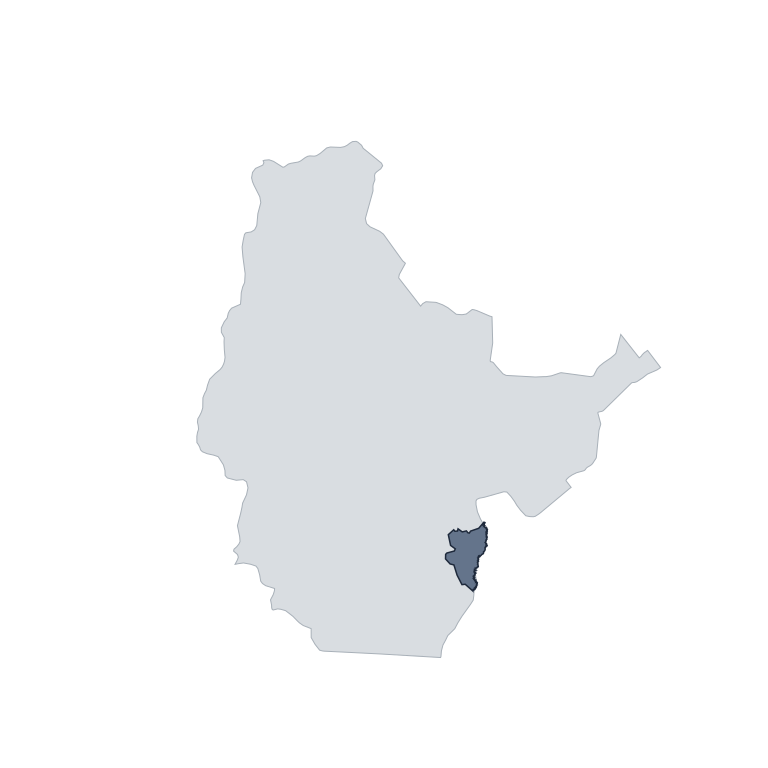 Pochalla, Jonglei, South Sudan shown in context, rotated 52°
{"feature_id": "79223893B22691287422318", "entity_name": "Pochalla", "entity_type": "district", "adm_level": 2, "iso_a3": "SSD", "parent_name": "South Sudan", "parent_adm1": "Jonglei", "projection": "natural_earth1", "projection_center": [34.083, 7.206], "detail": "fine", "context": "in_parent", "style": "filled", "palette": "slate", "viewbox_px": 768, "rotation_deg": 52, "n_neighbors": 0, "source": "geoboundaries", "source_scale": "gbopen_adm2", "svg_char_len": 8944}
<svg xmlns="http://www.w3.org/2000/svg" viewBox="0 0 768 768"><g transform="rotate(52 384 384)"><path d="M576.1,574.3L557.7,595.6L556.4,596.9L554.1,598.6L546.7,598.6L539.0,597.5L531.9,592.0L524.7,596.3L520.1,597.7L517.4,598.1L511.0,598.8L502.0,601.1L498.0,604.0L495.7,606.3L493.9,610.4L493.0,610.9L491.4,610.4L489.0,608.7L484.2,606.3L481.8,601.0L479.6,597.8L477.8,596.1L470.1,601.4L466.4,602.6L463.4,602.5L457.9,599.5L451.7,597.0L448.6,597.0L443.9,600.1L438.5,604.9L435.8,609.6L434.4,612.4L432.5,608.1L430.8,605.4L428.2,604.4L423.1,605.4L421.8,603.9L421.6,600.3L420.8,596.9L419.5,594.4L415.6,591.8L405.4,586.7L397.6,576.5L393.6,571.7L390.8,568.7L386.7,560.6L382.1,555.1L376.4,552.5L372.7,553.8L368.9,559.7L361.6,565.3L358.3,565.5L354.1,562.5L348.8,560.3L339.2,559.4L335.2,562.0L330.0,566.3L325.6,568.8L322.9,569.1L320.4,568.1L317.5,567.6L315.0,567.5L309.9,563.6L307.3,560.7L305.5,558.0L302.6,556.1L299.2,554.5L296.8,552.1L295.6,549.0L293.7,545.1L291.2,541.5L283.4,535.2L281.1,531.4L279.5,527.8L276.3,523.8L272.9,518.4L271.9,510.5L271.7,504.1L271.0,501.1L269.6,498.2L267.9,495.7L265.2,492.9L258.8,488.8L252.3,484.1L249.1,481.3L243.1,480.3L239.6,477.6L236.6,471.6L235.4,466.9L232.4,463.2L231.1,460.5L230.4,457.4L232.8,448.0L229.3,444.7L224.2,440.3L220.5,435.6L218.2,431.3L211.6,425.5L197.1,417.0L188.7,411.5L184.2,406.6L180.2,401.8L179.8,399.8L182.4,395.0L182.8,391.0L180.8,386.7L172.1,378.5L165.2,369.4L160.0,366.6L147.4,364.1L143.7,363.1L140.0,361.4L136.3,357.3L135.0,352.5L136.9,344.8L135.7,342.4L133.6,341.8L134.2,340.2L136.6,336.5L140.5,334.0L151.0,330.2L151.6,328.8L151.8,324.0L152.7,321.6L156.3,314.9L156.9,312.3L157.1,306.6L157.6,303.9L158.6,302.0L161.5,298.7L162.5,296.7L163.0,292.4L162.7,283.8L164.2,280.4L170.8,272.6L172.6,269.1L173.2,266.0L173.2,262.8L173.6,259.6L175.6,256.6L177.3,255.7L182.1,254.7L185.4,255.3L208.5,250.0L211.2,250.7L212.4,253.9L212.3,258.9L212.6,261.4L213.9,263.1L217.5,265.5L220.0,269.5L221.4,271.0L225.1,273.8L242.1,296.8L246.9,299.0L251.6,298.2L261.0,293.4L265.6,292.2L298.3,293.5L301.9,292.8L302.1,292.9L307.1,304.5L309.4,307.1L345.2,307.2L344.5,304.0L345.0,300.3L351.3,293.2L352.2,292.4L357.8,289.0L363.2,286.7L373.6,284.1L377.4,279.9L379.5,276.1L379.6,268.6L381.0,267.3L383.4,265.6L395.5,258.9L397.5,257.5L418.6,273.1L430.5,285.5L431.2,286.1L431.9,286.3L432.5,285.9L433.0,285.3L434.5,284.7L439.6,284.6L449.2,284.0L452.4,282.5L471.7,260.4L476.7,253.4L477.9,251.9L480.7,246.9L483.7,238.3L484.3,237.3L505.5,216.6L506.2,215.0L506.5,213.7L503.3,206.7L502.6,203.2L502.5,197.7L503.1,189.3L502.9,183.9L502.6,182.5L502.5,182.2L490.7,166.9L520.5,166.8L520.5,164.9L520.5,164.3L519.9,162.4L519.6,160.0L519.6,158.7L519.8,157.4L519.8,156.7L519.7,156.1L519.7,155.8L519.8,155.6L541.3,155.9L541.0,160.2L538.4,170.3L538.4,176.4L537.8,183.4L537.1,185.4L536.0,187.1L535.6,187.9L535.6,188.7L540.0,227.5L539.7,229.1L538.5,231.5L538.2,232.3L538.1,232.9L538.6,233.4L548.5,237.6L548.9,237.8L549.3,238.2L552.9,243.2L572.3,261.6L573.0,262.5L575.0,268.3L575.2,269.1L575.3,270.5L575.3,271.6L574.8,275.1L574.9,276.6L575.3,277.7L575.5,278.9L575.5,279.2L575.3,280.1L572.5,286.8L571.5,291.5L571.2,295.5L571.4,297.8L571.7,299.3L572.0,299.9L572.3,300.1L580.7,300.2L580.6,302.3L581.7,337.3L581.8,341.2L581.4,346.2L580.5,348.1L578.1,350.9L575.1,353.4L567.5,354.1L561.2,354.0L556.7,353.4L550.6,353.2L544.8,353.7L542.7,355.9L535.1,374.5L532.7,379.2L532.1,381.9L532.8,383.5L535.8,385.8L542.3,389.1L549.8,391.1L555.4,391.9L559.2,392.8L562.1,393.8L572.8,402.3L576.2,406.2L578.1,409.7L578.5,413.4L580.1,417.1L589.8,428.8L599.0,434.2L602.5,440.4L606.0,443.5L609.2,446.7L610.9,451.5L615.0,465.5L617.7,472.9L620.4,478.9L621.5,488.6L623.7,493.0L626.0,498.3L629.7,503.1L633.7,506.8L634.4,507.8L594.3,553.3L576.1,574.3Z" fill="#d9dde1" stroke="#a8b0b8" stroke-width="1"/><path d="M601.5,441.5L601.3,441.4L601.3,441.0L601.2,440.8L601.4,440.7L601.2,440.5L601.4,440.3L601.2,440.2L601.3,440.0L601.1,439.9L601.3,439.7L601.2,439.5L601.5,439.5L601.6,439.3L601.4,439.2L601.3,439.3L601.2,439.2L601.4,438.8L601.3,438.6L601.6,438.5L601.4,438.2L601.4,437.9L601.1,437.9L601.1,437.7L601.1,437.4L601.3,437.4L601.0,437.3L600.9,437.0L600.7,437.1L600.8,436.9L601.0,436.7L600.9,436.5L600.8,436.2L600.5,436.2L600.3,436.4L600.2,436.4L600.2,436.2L600.3,436.2L600.1,435.9L600.5,435.9L600.3,435.6L600.0,435.2L599.9,435.2L599.7,435.2L599.7,434.9L599.6,435.0L599.5,434.8L599.3,434.6L599.1,434.6L599.1,434.2L598.9,434.1L598.8,433.9L598.7,433.8L598.7,434.0L598.6,433.7L598.3,433.6L598.5,433.3L598.3,433.1L598.1,433.6L597.9,433.5L597.9,433.3L597.8,433.2L597.8,432.9L597.7,432.9L597.6,433.2L597.4,433.2L597.4,433.3L597.7,433.4L597.6,433.5L597.3,433.4L597.3,433.2L597.2,433.1L597.0,433.3L596.9,433.2L596.8,433.5L596.7,433.3L596.7,433.7L596.3,433.6L596.3,433.4L596.5,433.1L596.3,433.3L596.2,433.3L596.2,433.1L595.9,432.9L595.8,433.2L595.6,433.0L595.4,433.0L595.3,432.9L595.1,433.1L595.0,432.9L594.9,432.7L594.7,433.1L594.4,433.1L594.4,433.4L594.5,433.5L594.4,433.5L593.8,433.3L593.7,433.0L593.4,433.3L593.1,432.8L592.8,433.0L592.6,432.5L592.5,432.9L592.2,432.9L592.1,432.7L592.0,432.8L592.0,432.7L591.8,432.5L591.9,432.3L591.8,432.2L591.7,432.0L591.4,431.9L591.3,431.6L591.2,431.5L591.1,431.8L590.9,431.8L590.8,431.5L590.7,431.5L590.4,431.7L590.4,431.4L590.6,431.3L590.4,431.1L590.5,430.8L590.4,430.8L590.3,430.7L590.4,430.4L590.6,430.6L590.6,430.8L590.8,430.7L590.7,430.4L590.8,430.3L590.8,430.1L591.0,430.1L590.4,429.9L590.3,430.0L590.1,429.8L590.0,429.4L589.9,429.3L589.6,429.4L589.5,429.0L589.4,429.1L589.6,428.8L589.6,428.6L589.4,428.8L589.2,428.6L589.1,428.8L589.1,428.5L589.0,428.4L588.9,428.5L588.8,428.2L588.6,428.5L588.3,428.5L588.1,428.7L587.7,428.8L587.6,428.6L587.7,428.4L587.5,428.1L587.4,428.2L587.1,428.2L587.1,427.9L587.0,427.7L587.3,427.7L587.2,427.4L587.1,427.5L587.0,427.4L586.9,427.4L587.1,427.0L586.8,427.2L586.7,427.2L586.8,427.0L586.7,427.0L586.4,426.9L586.0,426.9L585.9,426.6L586.1,426.5L586.0,426.4L585.9,426.4L586.0,426.2L585.9,426.1L586.1,425.6L585.7,425.4L586.0,425.3L585.8,425.1L585.7,424.8L585.8,424.2L586.1,424.0L586.1,423.9L585.8,423.5L585.7,423.0L585.8,422.9L585.7,422.7L586.0,422.6L585.8,422.0L585.4,421.8L585.2,421.8L585.0,421.7L584.8,421.5L584.4,421.2L583.5,421.2L583.4,420.9L583.4,420.7L582.9,420.2L582.3,420.1L582.2,419.9L582.0,420.1L581.9,420.1L581.8,419.7L581.6,419.3L581.8,419.1L581.8,418.8L581.6,418.8L581.4,418.8L581.5,418.7L581.3,418.6L581.1,418.5L580.6,417.8L580.5,417.5L580.0,417.3L580.3,417.5L580.0,417.7L579.9,417.4L579.5,417.1L579.3,417.3L579.0,417.2L578.9,417.2L579.0,416.8L578.6,416.4L578.7,416.2L578.1,416.0L578.0,415.5L577.8,415.4L577.7,414.9L577.8,414.7L578.3,415.0L578.8,414.7L579.0,414.7L578.8,413.9L578.8,413.2L578.6,411.9L578.5,411.7L578.8,410.8L578.8,410.2L578.5,410.0L578.5,409.7L578.1,409.3L578.1,409.2L577.5,408.9L577.4,408.3L577.5,408.2L577.5,407.8L577.3,407.0L577.0,406.8L577.0,406.7L576.7,406.3L576.6,406.1L576.4,405.9L575.7,405.5L575.5,405.4L575.3,405.4L575.2,405.2L575.3,405.0L575.2,404.3L574.7,404.2L574.5,403.6L574.8,403.2L574.6,403.1L574.8,403.0L574.8,402.7L575.0,402.6L574.9,402.2L574.1,402.1L573.8,401.9L573.6,402.0L573.5,401.9L573.2,402.1L573.0,401.8L573.0,401.6L572.8,401.6L572.6,402.0L571.9,401.9L571.7,401.7L571.2,401.8L571.2,401.4L570.9,401.1L571.0,400.9L570.6,400.4L570.3,400.4L570.2,400.1L570.2,399.8L570.0,399.5L569.7,399.5L569.5,399.3L569.6,398.5L569.3,398.5L569.2,398.2L568.9,398.1L568.8,397.9L568.6,397.7L568.3,397.8L568.1,397.4L568.2,397.0L568.0,396.9L567.9,397.1L567.6,397.1L567.4,397.0L567.2,397.1L567.2,397.3L567.0,397.2L567.1,396.8L567.0,396.7L566.6,396.8L566.3,396.6L566.2,396.5L566.3,396.3L566.0,396.2L565.8,396.2L565.3,396.1L565.3,395.9L565.1,395.8L565.3,395.6L565.1,395.2L565.4,395.2L565.5,395.0L565.3,394.8L565.1,394.8L564.9,394.9L565.0,395.1L564.6,395.0L564.7,394.6L564.4,394.5L564.3,394.2L564.2,394.3L563.9,394.2L563.7,394.4L563.6,394.1L563.3,394.0L563.2,393.9L563.2,393.5L563.4,393.5L563.3,393.4L563.1,393.4L563.0,393.7L562.8,393.2L563.0,393.3L563.3,393.1L563.1,392.9L562.8,392.8L562.8,393.0L562.6,393.0L562.5,392.5L562.4,392.3L562.0,392.6L561.9,392.5L561.9,392.8L561.6,392.7L561.7,392.4L561.1,392.5L560.8,392.4L560.7,392.6L560.7,392.3L560.7,392.2L560.7,391.9L560.5,392.0L560.2,391.9L560.2,392.4L559.6,392.6L559.3,392.8L558.4,392.7L558.3,392.8L557.8,392.5L557.7,392.7L557.6,392.4L557.4,392.4L557.2,392.4L557.4,392.2L557.6,391.9L557.2,392.0L556.8,391.9L556.7,391.9L556.5,392.0L556.4,392.0L556.4,391.8L556.5,391.5L556.3,391.3L556.2,391.8L556.1,391.5L556.0,391.2L555.9,391.4L555.6,391.6L555.6,391.3L555.8,391.1L555.7,391.0L555.7,390.8L555.4,390.8L555.4,390.4L555.2,390.5L554.9,390.5L554.9,390.3L554.7,390.5L554.8,390.7L554.7,390.7L554.6,390.2L554.4,390.3L556.0,398.2L553.2,406.4L554.0,408.5L552.9,409.5L550.5,409.5L548.7,413.4L543.7,414.8L545.1,416.6L543.7,418.8L541.8,418.8L542.3,426.1L552.2,430.9L557.8,429.3L558.9,431.4L555.9,438.5L556.2,440.3L559.7,443.2L566.5,442.7L569.6,440.3L579.7,444.1L590.1,446.1L591.8,443.3L601.5,441.5Z" fill="#64748b" stroke="#1e293b" stroke-width="1.5"/></g></svg>